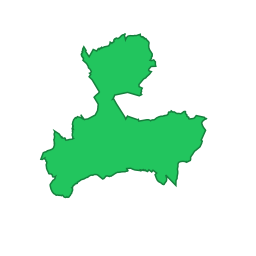 Tepanco de López, Puebla, Mexico (orthographic projection), rotated 204°
{"feature_id": "50627088B19100619520269", "entity_name": "Tepanco de López", "entity_type": "district", "adm_level": 2, "iso_a3": "MEX", "parent_name": "Mexico", "parent_adm1": "Puebla", "projection": "orthographic", "projection_center": [-97.537, 18.553], "detail": "fine", "context": "isolated", "style": "filled", "palette": "green", "viewbox_px": 256, "rotation_deg": 204, "n_neighbors": 0, "source": "geoboundaries", "source_scale": "gbopen_adm2", "svg_char_len": 5792}
<svg xmlns="http://www.w3.org/2000/svg" viewBox="0 0 256 256"><g transform="rotate(204 128 128)"><path d="M193.5,64.4L191.8,66.8L191.5,65.9L190.0,65.3L189.4,64.3L188.4,64.0L187.9,62.6L187.8,61.1L186.3,58.7L186.0,58.1L184.3,56.4L183.2,55.6L181.8,54.1L181.2,54.1L180.1,54.6L179.5,54.7L178.7,54.6L178.2,54.4L177.5,53.4L176.8,52.8L175.7,53.2L174.8,53.8L174.6,54.1L174.6,53.2L174.2,52.9L174.2,51.8L174.6,50.5L175.2,49.8L175.3,49.3L176.1,44.8L175.6,43.6L173.5,40.9L171.4,39.1L169.2,37.9L168.2,37.9L166.3,37.4L165.7,37.7L165.0,38.2L163.6,38.4L163.5,38.6L162.8,38.8L162.4,39.0L161.3,39.1L161.0,39.7L160.3,40.0L159.5,39.5L158.7,39.2L158.4,39.0L156.9,39.1L156.0,39.8L155.9,40.3L155.3,40.1L154.7,40.2L153.9,40.9L153.8,41.9L153.4,43.0L153.3,44.6L153.0,45.4L153.3,47.1L153.2,48.2L153.5,48.5L153.7,49.7L154.5,50.4L155.0,50.6L154.5,51.2L154.8,52.2L154.3,53.3L154.3,53.8L153.6,54.6L153.6,55.2L153.1,56.1L152.5,56.2L151.9,56.8L152.2,57.8L151.4,58.7L151.0,59.5L150.8,60.0L150.3,60.6L150.0,61.3L149.5,61.9L147.4,63.7L145.9,65.8L144.7,66.6L144.6,67.2L143.3,69.2L142.2,70.1L141.1,70.5L140.5,71.0L140.1,71.6L139.3,72.1L137.6,72.7L136.9,72.8L130.4,71.1L129.5,72.0L128.6,75.0L127.6,75.8L125.4,76.1L125.1,76.2L125.0,76.6L123.8,77.2L122.8,78.9L122.4,79.2L122.1,79.9L120.7,82.0L119.4,83.4L118.2,83.8L117.9,84.2L117.2,84.5L115.8,85.5L112.7,87.0L112.4,87.5L110.9,88.5L110.7,88.9L110.9,89.2L112.1,89.8L112.6,90.1L112.8,90.4L109.1,92.4L107.0,92.3L104.7,92.5L99.7,94.0L100.0,94.8L99.5,95.0L98.9,94.1L98.7,94.2L97.9,95.5L97.3,95.4L97.2,95.9L96.7,95.7L96.6,96.3L95.1,95.9L95.0,96.6L93.0,96.1L92.4,96.2L91.9,98.3L88.5,97.5L88.0,99.6L83.5,98.5L84.3,96.4L81.7,93.7L80.1,92.3L78.4,91.5L75.7,91.3L73.5,90.7L72.3,90.9L72.1,91.2L72.0,92.4L71.5,94.6L71.4,95.3L71.6,96.3L72.3,97.9L74.4,100.4L60.9,95.0L61.3,95.9L62.9,99.7L62.7,100.7L62.7,102.0L63.3,103.3L64.1,106.8L64.9,108.6L66.2,110.6L66.8,113.4L67.4,114.5L67.8,115.9L67.7,116.8L67.5,117.5L66.3,118.7L64.3,119.9L62.3,120.5L61.4,120.5L61.2,121.0L60.5,120.6L57.9,123.7L58.0,124.7L59.0,127.0L58.2,131.0L58.2,131.7L57.7,134.1L57.0,135.2L54.6,140.1L54.5,144.0L54.8,145.0L54.7,145.6L54.8,146.2L56.2,146.7L56.2,157.5L59.4,159.3L60.8,160.4L62.5,162.2L62.7,162.6L62.8,163.1L62.5,164.9L61.5,166.9L60.8,167.7L60.4,167.9L60.2,168.4L60.8,168.5L61.8,168.2L62.6,168.8L70.7,167.1L71.4,164.2L72.3,163.2L75.4,161.3L76.3,161.2L76.7,162.4L77.8,162.6L78.3,162.5L78.8,162.6L79.2,163.0L79.2,163.3L79.4,163.8L80.4,164.3L80.8,164.3L81.2,164.5L81.6,165.0L82.1,166.3L82.3,166.4L83.4,165.9L83.7,165.6L85.0,163.2L85.5,162.6L86.1,162.3L87.1,162.1L88.4,161.6L88.7,161.3L89.8,161.1L92.2,161.5L93.9,160.7L94.4,161.0L94.9,160.8L95.4,161.3L95.5,161.3L95.5,160.3L95.7,160.0L96.0,159.7L97.2,159.2L97.3,158.3L96.9,157.2L97.8,155.3L99.6,154.3L99.7,154.0L100.5,153.5L101.3,152.7L102.6,152.2L104.3,150.8L106.0,148.8L106.9,146.9L107.4,146.2L107.9,145.8L108.9,145.4L109.8,144.6L110.3,143.8L111.4,144.0L112.9,143.8L114.6,142.9L120.9,138.7L122.0,140.1L122.5,139.5L132.9,138.6L133.3,138.7L133.7,135.2L135.5,136.8L148.2,145.2L152.9,148.7L153.6,148.1L153.5,148.5L153.5,152.7L142.8,160.4L130.8,162.0L129.1,164.1L130.5,164.9L130.4,165.2L130.7,165.6L130.5,166.0L130.5,167.0L131.3,168.0L131.2,170.2L134.7,170.3L135.7,172.2L133.7,179.2L133.0,180.0L132.1,181.2L131.9,182.3L130.3,185.9L129.6,189.0L131.4,188.7L132.6,189.1L132.9,189.9L132.8,190.6L131.9,193.6L127.7,195.7L128.9,197.3L129.9,199.6L131.0,200.0L131.9,200.6L132.4,200.6L133.6,199.3L134.6,198.9L135.4,198.8L135.1,199.9L135.0,201.0L135.1,201.8L135.5,202.5L135.1,203.6L135.7,204.5L135.9,205.4L137.6,206.6L139.7,207.9L141.5,209.6L142.7,211.8L143.4,214.3L143.9,214.9L144.8,215.4L146.7,216.1L147.6,216.7L148.0,216.9L148.3,216.6L148.6,216.6L149.2,216.2L149.5,216.2L149.7,216.5L149.5,216.9L149.6,217.0L150.1,216.9L150.8,217.2L151.1,217.0L151.2,217.3L151.7,217.4L152.1,217.0L152.6,216.9L152.8,216.7L153.1,217.0L154.0,217.1L154.3,217.3L154.9,218.6L158.1,215.7L159.4,215.3L160.6,214.4L163.6,213.2L164.9,212.3L165.4,211.8L165.8,211.0L166.2,209.4L166.2,207.7L167.2,209.2L168.7,210.8L168.9,211.2L168.8,213.3L169.3,212.0L170.9,210.7L171.6,209.6L172.1,208.0L173.0,206.2L173.6,205.6L175.0,205.4L175.4,205.4L175.8,204.1L176.4,204.0L176.7,202.5L176.0,201.4L176.0,201.0L177.0,199.7L177.2,198.8L178.2,199.1L179.2,199.2L178.7,197.2L179.0,195.4L179.8,194.5L182.5,192.6L184.2,190.7L184.9,191.0L185.2,189.6L185.9,189.7L186.1,188.4L186.8,188.6L186.7,187.9L187.5,188.0L187.9,185.6L191.7,185.6L191.9,182.9L192.5,177.3L198.2,180.9L197.9,181.8L201.4,184.2L201.5,181.5L200.7,181.0L201.1,179.3L200.3,178.8L200.7,177.1L200.3,176.8L200.5,176.0L199.8,175.5L199.8,175.2L199.1,174.6L198.4,174.2L198.3,174.4L197.0,173.6L197.1,173.1L196.5,172.0L196.6,171.5L192.0,170.0L189.7,168.4L188.5,166.9L186.4,166.2L184.5,164.7L184.6,163.2L185.4,162.4L183.8,161.7L184.4,159.0L180.4,157.5L168.8,149.3L169.1,147.9L170.6,144.7L171.5,142.3L164.9,137.7L164.2,135.6L164.5,135.7L164.0,135.2L162.9,131.5L163.2,126.5L168.4,119.9L170.1,118.9L171.1,118.0L171.5,118.1L174.8,119.8L176.5,121.0L173.6,118.1L175.1,118.3L176.6,118.1L178.1,117.8L178.8,117.8L179.4,116.0L180.0,116.2L180.4,115.7L181.0,113.1L180.8,112.4L180.9,111.6L180.3,108.7L179.6,108.1L179.3,108.1L178.9,107.4L179.3,107.4L178.8,106.0L177.5,104.7L178.6,104.6L177.6,103.2L177.5,102.5L177.2,102.5L176.6,101.2L176.6,100.4L176.1,98.9L175.6,98.1L174.9,97.7L174.3,96.3L173.6,96.3L174.4,95.1L177.2,93.5L177.6,93.0L179.7,91.6L180.5,92.2L181.0,92.9L181.7,93.2L181.9,93.0L181.7,92.8L181.8,92.6L182.4,92.6L183.6,92.2L184.4,92.7L184.5,92.5L184.9,92.9L185.1,92.4L188.4,94.5L194.0,95.4L193.2,94.7L193.1,92.7L192.7,91.8L191.6,90.4L190.9,87.8L191.0,87.2L189.4,84.9L189.3,84.4L188.9,84.2L188.9,83.4L188.2,82.6L188.2,81.2L188.0,80.7L188.1,79.2L188.5,78.1L190.0,76.4L192.5,74.3L192.9,73.2L194.4,72.0L195.3,70.9L194.9,64.0L193.5,64.4Z" fill="#22c55e" stroke="#15803d" stroke-width="1.5"/></g></svg>